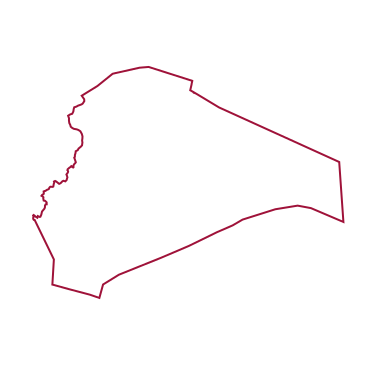 the district of San Miguel Tilquiápam, Oaxaca, Mexico, rotated 98°
{"feature_id": "50627088B17922622757176", "entity_name": "San Miguel Tilquiápam", "entity_type": "district", "adm_level": 2, "iso_a3": "MEX", "parent_name": "Mexico", "parent_adm1": "Oaxaca", "projection": "mercator", "projection_center": [-96.563, 16.786], "detail": "fine", "context": "isolated", "style": "outline", "palette": "rose", "viewbox_px": 384, "rotation_deg": 98, "n_neighbors": 0, "source": "geoboundaries", "source_scale": "gbopen_adm2", "svg_char_len": 2005}
<svg xmlns="http://www.w3.org/2000/svg" viewBox="0 0 384 384"><g transform="rotate(98 192 192)"><path d="M100.2,300.4L112.0,314.6L115.1,311.7L117.0,311.3L119.6,312.5L120.5,313.4L121.4,315.0L122.3,316.8L123.5,318.3L124.5,320.4L126.4,320.7L128.8,320.7L131.2,321.5L132.1,323.4L133.7,325.3L136.0,324.1L138.3,323.8L140.8,323.1L142.5,321.9L144.2,321.2L145.3,319.4L145.9,317.7L146.0,314.9L146.4,313.1L147.4,311.0L149.8,309.2L152.1,308.2L154.1,308.0L156.2,308.0L158.3,307.4L161.1,307.4L162.6,308.4L164.8,310.4L166.5,311.0L167.8,312.8L169.8,312.8L171.7,313.1L173.5,312.9L174.4,313.4L175.5,312.8L178.7,311.2L179.4,311.5L181.1,312.7L181.7,312.9L182.3,313.0L182.9,313.0L184.0,312.8L184.3,313.1L184.0,313.9L183.2,314.7L183.1,315.1L184.1,315.7L184.9,316.7L186.8,318.3L187.8,318.4L188.2,317.9L189.1,317.5L190.1,317.7L192.1,318.8L193.3,318.1L194.9,317.4L196.3,317.7L197.5,317.8L199.1,318.9L198.8,320.9L199.4,321.8L201.6,323.4L202.4,324.7L200.4,328.1L200.1,329.1L200.8,330.1L201.4,329.7L203.1,330.0L205.9,330.1L206.3,330.6L206.5,333.0L206.9,333.4L207.7,333.9L208.8,334.1L209.5,334.9L210.0,335.9L210.7,336.7L211.3,337.2L211.5,338.0L212.1,339.0L213.6,338.6L214.5,338.6L215.9,340.1L216.7,340.5L217.3,339.1L217.9,338.4L219.1,338.4L221.1,337.7L221.2,336.2L222.5,334.5L224.4,334.2L224.6,335.2L225.9,335.7L227.6,335.5L229.0,335.8L232.2,337.8L235.5,338.1L237.6,338.7L237.9,339.5L237.3,341.3L239.0,341.6L238.5,342.8L236.8,345.6L237.4,346.1L238.8,345.4L239.7,345.7L240.7,345.5L241.6,344.8L241.6,343.9L278.0,319.4L302.9,317.4L303.1,317.4L305.3,300.6L307.2,284.6L307.9,278.8L309.8,269.0L296.0,267.2L295.5,266.6L295.3,266.4L284.1,252.9L273.1,233.8L261.5,213.6L245.7,187.4L230.1,164.3L228.4,161.8L219.4,147.1L212.3,138.1L197.5,107.1L190.8,85.5L191.4,72.0L200.6,37.9L141.8,50.4L104.5,177.0L94.7,200.0L93.1,203.9L93.4,204.0L93.2,204.4L92.7,204.8L92.2,206.1L91.5,207.9L85.6,207.4L84.4,207.4L83.5,207.3L82.4,207.2L81.9,207.2L74.2,252.3L76.2,261.2L85.0,284.6L86.0,287.1L100.2,300.4Z" fill="none" stroke="#9f1239" stroke-width="2"/></g></svg>